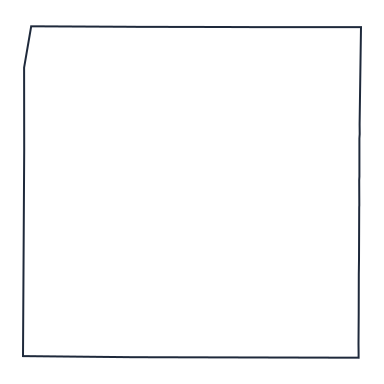 Miami, Kansas, United States of America
{"feature_id": "52423323B68784032063419", "entity_name": "Miami", "entity_type": "district", "adm_level": 2, "iso_a3": "USA", "parent_name": "United States of America", "parent_adm1": "Kansas", "projection": "albers", "projection_center": [-94.74, 38.564], "detail": "fine", "context": "isolated", "style": "outline", "palette": "slate", "viewbox_px": 384, "rotation_deg": 0, "n_neighbors": 0, "source": "geoboundaries", "source_scale": "gbopen_adm2", "svg_char_len": 484}
<svg xmlns="http://www.w3.org/2000/svg" viewBox="0 0 384 384"><path d="M31.2,26.3L24.1,67.6L24.2,149.8L23.7,236.4L23.0,356.1L132.6,357.2L358.6,357.7L358.6,354.2L358.5,343.8L358.7,314.7L358.8,273.6L358.9,268.3L358.9,267.2L359.0,260.3L359.1,234.6L359.2,207.3L359.2,207.1L359.3,205.3L359.2,180.0L359.4,176.6L359.4,149.0L359.4,138.4L359.7,134.1L359.6,124.3L361.0,27.1L249.7,27.1L222.5,27.0L167.5,26.9L140.2,26.9L133.4,26.8L31.2,26.3Z" fill="none" stroke="#1e293b" stroke-width="2"/></svg>